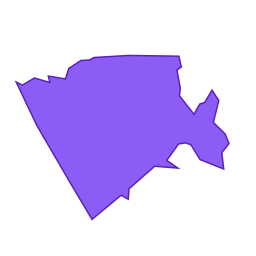 Baldwin, Georgia, United States of America (orthographic projection), rotated 344°
{"feature_id": "52423323B1932057307983", "entity_name": "Baldwin", "entity_type": "district", "adm_level": 2, "iso_a3": "USA", "parent_name": "United States of America", "parent_adm1": "Georgia", "projection": "orthographic", "projection_center": [-83.204, 33.058], "detail": "fine", "context": "isolated", "style": "filled", "palette": "violet", "viewbox_px": 256, "rotation_deg": 344, "n_neighbors": 0, "source": "geoboundaries", "source_scale": "gbopen_adm2", "svg_char_len": 638}
<svg xmlns="http://www.w3.org/2000/svg" viewBox="0 0 256 256"><g transform="rotate(344 128 128)"><path d="M208.7,193.8L211.4,177.5L220.8,170.8L219.7,160.5L211.6,146.2L222.8,126.6L219.2,114.8L208.7,124.6L203.7,124.7L195.2,133.0L186.3,111.1L189.2,104.5L191.0,85.8L196.1,84.0L196.7,73.0L148.5,58.4L114.8,50.9L109.6,52.0L101.5,50.1L87.5,54.4L81.4,63.6L65.7,56.1L65.5,62.7L51.7,54.1L38.3,57.7L33.2,53.0L41.0,100.2L50.3,136.8L57.0,163.4L68.2,205.9L102.8,190.7L108.6,196.5L112.2,186.7L143.1,172.1L164.9,180.3L156.3,169.8L172.2,157.3L178.9,158.1L183.8,161.3L188.6,178.3L208.7,193.8Z" fill="#8b5cf6" stroke="#5b21b6" stroke-width="1.5"/></g></svg>